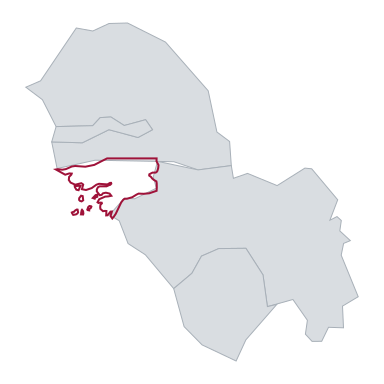 Guinea-Bissau highlighted, orthographic projection
{"feature_id": "GNB", "entity_name": "Guinea-Bissau", "entity_type": "country or territory", "adm_level": 0, "iso_a3": "GNB", "parent_name": "Africa", "parent_adm1": "", "projection": "orthographic", "projection_center": [-15.403, 11.81], "detail": "fine", "context": "with_neighbors", "style": "outline", "palette": "rose", "viewbox_px": 384, "rotation_deg": 0, "n_neighbors": 4, "source": "natural_earth", "source_scale": "50m", "svg_char_len": 3252}
<svg xmlns="http://www.w3.org/2000/svg" viewBox="0 0 384 384"><path d="M56.1,126.6L42.4,99.7L25.8,87.2L40.6,80.8L76.3,28.0L92.8,31.0L109.0,23.5L127.5,23.0L165.5,42.1L208.2,90.8L216.9,132.0L229.6,141.5L231.3,165.6L198.1,169.9L173.8,161.7L95.2,160.2L57.1,168.5L51.7,141.9L82.3,142.8L108.9,129.7L138.0,137.5L152.5,129.7L145.6,119.7L124.2,125.5L110.9,117.0L100.2,117.6L92.7,125.7L56.1,126.6Z" fill="#d9dde1" stroke="#a8b0b8" stroke-width="1"/><path d="M157.5,161.4L198.1,169.9L231.3,165.6L233.4,178.3L247.5,173.4L277.1,185.6L304.9,168.1L311.7,168.8L337.7,199.8L329.9,220.2L337.0,216.6L341.3,220.5L339.8,230.9L350.3,240.6L343.6,243.4L341.2,255.2L358.2,296.7L342.5,306.1L343.5,327.8L328.5,327.3L321.7,341.3L312.1,341.4L305.4,334.2L307.4,320.3L292.9,299.5L267.4,306.6L263.0,274.9L245.9,248.3L218.7,248.6L201.5,256.1L191.9,273.3L173.7,288.6L145.4,254.8L128.1,243.6L119.2,220.7L109.4,215.0L124.4,198.2L134.7,198.8L156.3,188.2L153.3,176.8L157.5,161.4Z" fill="#d9dde1" stroke="#a8b0b8" stroke-width="1"/><path d="M173.7,288.6L191.9,273.3L201.5,256.1L218.7,248.6L245.9,248.3L263.0,274.9L267.4,306.6L276.8,304.4L245.9,339.8L236.1,361.0L202.1,344.9L184.1,326.6L173.7,288.6Z" fill="#d9dde1" stroke="#a8b0b8" stroke-width="1"/><path d="M56.1,126.6L92.7,125.7L100.2,117.6L110.9,117.0L124.2,125.5L145.6,119.7L152.5,129.7L138.0,137.5L108.9,129.7L82.3,142.8L51.7,141.9L56.1,126.6Z" fill="#d9dde1" stroke="#a8b0b8" stroke-width="1"/><path d="M55.9,169.5L57.8,169.2L62.3,169.7L65.9,169.1L68.4,168.0L71.8,166.5L75.1,166.0L85.4,166.7L94.3,164.9L100.9,161.5L107.1,158.4L115.0,158.4L123.5,158.4L135.6,158.4L145.2,158.4L156.6,158.4L156.5,161.2L158.5,165.1L158.2,168.1L157.4,170.9L156.6,172.0L155.6,172.6L152.6,172.6L151.3,173.2L149.3,174.3L149.2,175.6L150.9,176.8L152.2,178.5L153.7,179.8L156.4,181.4L156.7,183.1L156.8,187.4L156.6,190.8L149.2,193.3L143.5,193.8L138.6,193.6L136.5,194.6L132.3,197.2L127.1,198.7L124.5,198.8L123.2,199.8L121.2,202.4L115.7,213.9L113.8,216.7L112.3,218.5L110.6,216.1L111.9,211.5L110.5,211.6L107.6,215.3L106.2,215.4L106.4,211.0L104.8,210.9L103.0,211.2L100.4,208.9L100.2,207.2L100.4,204.9L101.9,203.4L101.7,202.7L100.2,202.6L98.5,203.0L97.5,202.3L99.2,199.2L105.2,196.6L108.2,196.4L111.3,195.8L109.6,193.6L105.9,192.7L103.0,193.3L101.6,194.9L99.8,195.2L96.8,191.4L96.8,189.5L97.9,187.3L99.7,186.3L106.6,186.3L109.2,185.1L110.3,184.8L111.3,183.7L111.1,182.9L110.0,182.9L107.4,184.4L99.0,183.8L96.4,184.7L91.7,188.1L86.0,190.0L81.9,189.2L83.2,184.6L82.6,184.0L81.3,183.2L75.2,184.7L70.6,182.6L68.8,180.0L69.1,176.9L71.3,174.7L71.7,173.6L69.4,173.4L65.2,174.7L55.9,169.5ZM76.0,214.4L73.2,214.9L72.0,213.1L71.8,212.5L73.2,211.9L73.9,211.9L75.0,210.6L76.3,209.8L76.9,209.5L77.6,209.6L78.1,212.4L77.4,213.5L76.0,214.4ZM83.2,200.3L81.6,201.4L80.0,200.9L79.1,199.9L79.2,198.2L81.1,195.7L82.7,196.1L83.2,200.3ZM80.4,185.9L78.6,190.2L76.4,189.7L74.9,187.2L74.7,186.1L79.2,185.8L80.4,185.9ZM89.2,209.0L89.2,210.4L87.7,210.1L87.3,209.7L88.2,207.1L89.4,206.0L91.0,206.2L91.4,206.5L91.1,207.5L90.5,208.3L89.2,209.0ZM95.0,197.9L94.7,198.7L92.8,198.0L95.6,195.1L97.4,194.6L97.3,196.8L95.9,197.3L95.0,197.9ZM83.4,213.6L83.1,214.5L81.1,214.4L81.5,213.4L81.1,213.1L81.7,210.2L82.0,209.8L82.9,210.9L83.1,211.3L83.4,213.6Z" fill="none" stroke="#9f1239" stroke-width="2"/></svg>